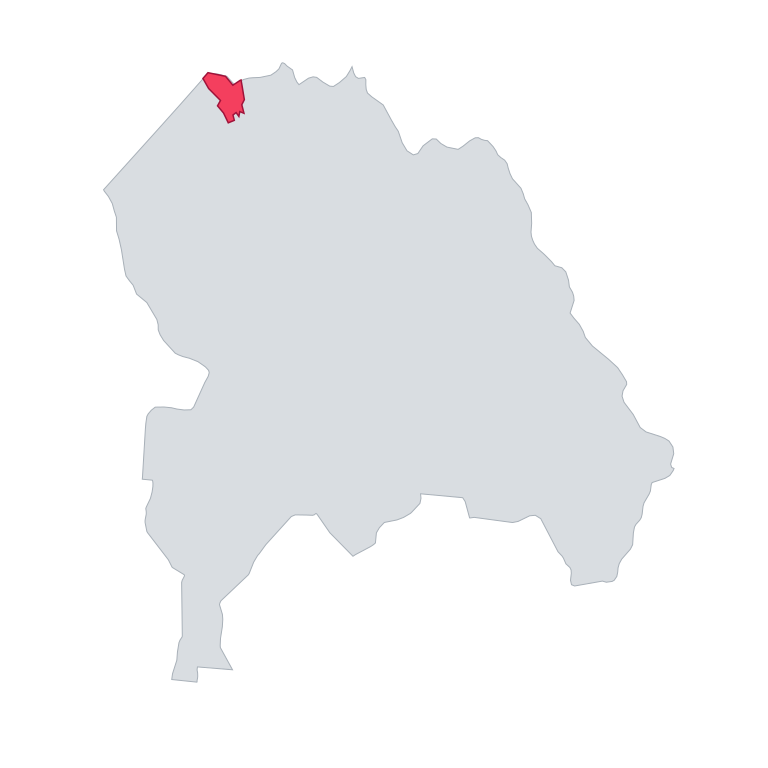 Ikotos, Eastern Equatoria, South Sudan shown in context, rotated 185°
{"feature_id": "79223893B75846050285915", "entity_name": "Ikotos", "entity_type": "district", "adm_level": 2, "iso_a3": "SSD", "parent_name": "South Sudan", "parent_adm1": "Eastern Equatoria", "projection": "equal_earth", "projection_center": [33.072, 4.082], "detail": "fine", "context": "in_parent", "style": "filled", "palette": "rose", "viewbox_px": 768, "rotation_deg": 185, "n_neighbors": 0, "source": "geoboundaries", "source_scale": "gbopen_adm2", "svg_char_len": 4059}
<svg xmlns="http://www.w3.org/2000/svg" viewBox="0 0 768 768"><g transform="rotate(185 384 384)"><path d="M611.3,644.7L589.5,674.2L588.0,675.9L585.3,678.2L576.5,678.3L567.4,676.8L559.0,669.2L550.5,675.1L545.1,677.0L541.8,677.6L534.2,678.6L523.6,681.8L518.8,685.7L516.1,688.8L514.0,694.6L512.9,695.2L510.9,694.5L508.2,692.2L502.5,688.9L499.7,681.5L497.0,677.1L494.8,674.8L485.8,682.1L481.4,683.8L477.8,683.6L471.3,679.5L464.0,676.0L460.3,676.0L454.7,680.4L448.3,687.0L445.1,693.4L443.5,697.3L441.3,691.3L439.1,687.7L436.1,686.2L430.0,687.7L428.6,685.6L428.2,680.5L427.4,675.9L425.8,672.4L421.2,669.0L409.1,661.9L399.8,647.8L395.2,641.2L391.8,637.0L386.9,625.9L381.4,618.3L374.8,614.8L370.4,616.5L365.8,624.7L357.3,632.4L353.3,632.6L348.3,628.5L342.0,625.5L330.6,624.2L326.0,627.8L319.8,633.7L314.6,637.2L311.4,637.6L308.4,636.2L305.0,635.5L302.0,635.4L296.0,630.0L292.8,626.0L290.7,622.3L287.3,619.7L283.3,617.5L280.5,614.1L279.1,609.9L276.8,604.5L273.9,599.6L264.6,590.9L261.9,585.7L260.0,580.7L256.2,575.1L252.2,567.7L250.9,556.8L250.8,548.1L250.0,544.0L248.3,540.0L246.3,536.5L243.1,532.6L235.5,527.0L227.8,520.5L224.1,516.7L217.0,515.3L212.7,511.6L209.2,503.4L207.8,496.9L204.2,491.8L202.7,488.1L201.9,483.8L204.8,470.9L200.7,466.3L194.6,460.4L190.2,453.9L187.5,447.9L179.7,440.0L162.6,428.3L152.7,420.7L147.3,414.0L142.6,407.4L142.2,404.7L145.3,398.1L145.8,392.6L143.3,386.7L133.1,375.4L125.0,363.0L118.8,359.1L103.9,355.7L99.6,354.3L95.1,352.0L90.7,346.4L89.3,339.8L91.5,329.2L90.2,326.0L87.7,325.1L88.4,322.9L91.3,317.8L95.9,314.5L108.3,309.2L109.0,307.2L109.3,300.6L110.3,297.4L114.6,288.3L115.3,284.7L115.5,276.9L116.1,273.2L117.4,270.6L120.8,266.1L122.0,263.4L122.6,257.4L122.3,245.6L124.1,241.0L131.9,230.3L134.0,225.6L134.8,221.3L134.8,216.9L135.3,212.6L137.6,208.5L139.6,207.2L145.3,205.9L149.2,206.7L176.5,199.4L179.7,200.4L181.1,204.7L180.9,211.7L181.4,215.0L182.8,217.4L187.1,220.7L190.1,226.2L191.7,228.2L196.0,232.0L216.1,263.5L221.8,266.4L227.4,265.4L238.4,258.8L243.9,257.2L282.5,259.0L286.9,258.0L287.1,258.2L292.9,274.0L295.7,277.6L338.0,277.8L337.2,273.3L337.8,268.2L345.3,258.6L346.4,257.4L352.9,252.8L359.3,249.7L371.6,246.1L376.1,240.4L378.6,235.1L378.7,224.9L380.3,223.2L383.3,220.8L397.5,211.6L399.9,209.7L424.9,231.0L438.9,247.9L439.8,248.8L440.5,249.1L441.2,248.5L441.9,247.7L443.6,247.0L449.6,246.7L461.0,245.9L464.8,243.9L487.7,213.7L493.5,204.1L495.0,202.1L498.3,195.2L501.8,183.5L502.5,182.1L527.5,153.9L528.4,151.6L528.7,149.9L524.9,140.4L524.1,135.5L523.9,128.1L524.7,116.6L524.4,109.3L524.1,107.3L523.9,106.9L510.0,86.1L545.2,85.9L545.3,83.3L545.2,82.5L544.5,80.0L544.1,76.7L544.1,74.9L544.3,73.2L544.4,72.2L544.3,71.4L544.3,71.0L544.4,70.7L569.7,71.1L569.4,77.0L566.3,90.8L566.4,99.1L565.7,108.5L564.8,111.3L563.5,113.6L563.0,114.7L563.0,115.8L568.3,168.7L567.9,170.9L566.5,174.2L566.1,175.3L566.1,176.2L566.6,176.7L578.3,182.5L578.9,182.8L579.3,183.3L583.5,190.1L606.6,215.3L607.4,216.5L609.7,224.4L610.0,225.6L610.1,227.5L610.0,229.0L609.5,233.7L609.7,235.9L610.0,237.3L610.4,238.9L610.4,239.4L610.1,240.6L606.7,249.7L605.6,256.2L605.3,261.7L605.5,264.9L605.9,266.9L606.2,267.7L606.5,268.0L616.5,268.1L616.5,271.0L617.8,318.9L617.8,324.3L617.4,331.1L616.3,333.7L613.5,337.6L609.9,341.0L601.0,341.9L593.5,341.8L588.2,341.0L580.9,340.7L574.1,341.5L571.6,344.4L562.6,370.0L559.8,376.3L559.1,380.1L559.9,382.3L563.4,385.5L571.2,390.0L580.1,392.7L586.7,393.8L591.2,395.1L594.7,396.5L607.3,408.1L611.3,413.5L613.6,418.2L614.1,423.3L615.9,428.5L627.4,444.5L638.3,452.0L642.5,460.5L646.6,464.7L650.4,469.1L652.5,475.7L657.3,495.0L660.5,505.1L663.8,513.3L665.1,526.8L667.7,532.8L670.4,540.1L674.8,546.7L679.5,551.8L680.3,553.1L632.9,615.9L611.3,644.7Z" fill="#d9dde1" stroke="#a8b0b8" stroke-width="1"/><path d="M552.9,674.4L553.7,674.0L560.6,668.5L568.7,676.7L586.5,678.8L591.0,672.6L584.4,663.0L571.6,652.2L574.1,646.6L567.5,640.0L561.9,630.6L556.1,633.6L557.9,638.8L555.0,641.5L551.9,637.9L551.4,642.8L547.1,641.5L550.0,649.8L547.9,655.1L551.1,667.6L552.9,674.4Z" fill="#f43f5e" stroke="#9f1239" stroke-width="1.5"/></g></svg>